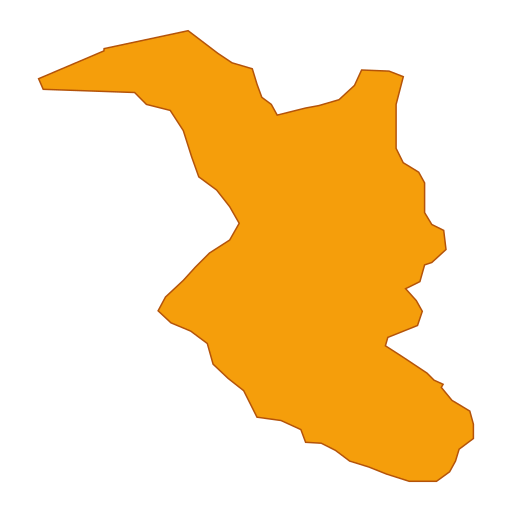 Katrineholm, Södermanland, Sweden
{"feature_id": "70781695B59557682139675", "entity_name": "Katrineholm", "entity_type": "district", "adm_level": 2, "iso_a3": "SWE", "parent_name": "Sweden", "parent_adm1": "Södermanland", "projection": "mercator", "projection_center": [16.311, 59.03], "detail": "fine", "context": "isolated", "style": "filled", "palette": "amber", "viewbox_px": 512, "rotation_deg": 0, "n_neighbors": 0, "source": "geoboundaries", "source_scale": "gbopen_adm2", "svg_char_len": 1110}
<svg xmlns="http://www.w3.org/2000/svg" viewBox="0 0 512 512"><path d="M256.7,416.6L257.0,417.2L281.0,420.5L300.9,429.6L305.6,442.3L321.2,443.2L335.5,450.4L349.7,461.1L368.8,467.0L386.6,474.1L409.2,481.3L436.5,481.3L449.6,471.8L455.5,461.1L459.1,449.2L473.4,438.5L473.4,424.2L469.8,411.1L452.0,400.4L441.3,387.4L443.1,384.3L434.1,380.2L427.0,373.1L402.0,356.5L385.4,345.8L387.8,337.4L417.5,325.5L422.3,311.3L416.3,300.6L405.6,288.7L419.9,281.6L424.6,264.9L431.8,262.5L446.0,249.5L443.7,230.4L431.8,224.5L424.6,212.6L424.6,182.9L418.7,172.2L403.2,162.7L396.1,148.4L396.1,104.4L403.3,76.7L389.0,71.1L361.6,70.0L354.5,85.4L339.0,99.7L318.8,105.6L305.7,108.0L277.2,115.1L271.3,104.4L261.8,97.3L257.0,84.2L252.3,68.8L232.0,62.8L217.8,53.3L188.1,30.7L104.1,48.6L103.9,50.9L38.6,78.7L43.2,89.3L134.6,92.5L146.4,104.4L170.2,110.4L183.3,130.6L191.6,156.7L198.8,176.9L216.6,190.0L229.7,206.7L239.2,223.3L229.7,240.0L209.5,253.0L195.2,267.3L183.3,280.4L165.5,297.0L158.1,310.8L170.9,322.8L190.7,331.1L207.3,343.5L213.1,364.2L228.0,378.3L243.7,390.7L256.7,416.6Z" fill="#f59e0b" stroke="#b45309" stroke-width="1.5"/></svg>